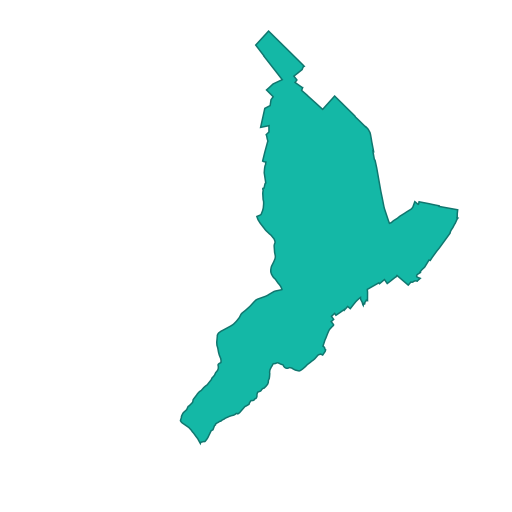 Reci, Covasna, Romania (orthographic projection), rotated 41°
{"feature_id": "2599482B11784451880113", "entity_name": "Reci", "entity_type": "district", "adm_level": 2, "iso_a3": "ROU", "parent_name": "Romania", "parent_adm1": "Covasna", "projection": "orthographic", "projection_center": [25.948, 45.804], "detail": "fine", "context": "isolated", "style": "filled", "palette": "teal", "viewbox_px": 512, "rotation_deg": 41, "n_neighbors": 0, "source": "geoboundaries", "source_scale": "gbopen_adm2", "svg_char_len": 6082}
<svg xmlns="http://www.w3.org/2000/svg" viewBox="0 0 512 512"><g transform="rotate(41 256 256)"><path d="M339.1,429.7L339.2,429.2L339.1,426.6L338.8,424.6L337.9,421.4L337.6,420.2L336.8,417.3L337.5,415.4L336.0,411.3L336.2,410.0L335.7,409.2L336.1,407.7L336.4,406.9L336.8,405.9L337.0,404.7L337.8,403.8L338.0,402.4L338.4,401.1L338.9,400.2L339.1,399.0L339.8,397.3L340.6,395.7L341.2,394.3L341.6,393.7L342.1,392.8L343.6,390.7L344.2,389.1L344.2,388.2L344.8,387.3L345.4,387.4L345.9,386.9L346.1,386.4L346.4,385.0L346.4,383.9L346.4,380.5L346.4,379.2L346.4,377.1L346.6,376.4L347.1,375.4L347.4,374.3L347.8,373.2L348.0,372.6L347.9,372.3L347.8,371.8L347.4,371.2L347.3,370.9L347.3,369.9L347.2,369.3L347.1,368.8L347.2,368.3L347.4,368.1L348.2,367.4L348.6,366.9L348.9,366.4L349.0,365.8L348.8,365.0L348.9,364.6L349.3,363.8L349.4,363.0L349.2,362.4L349.0,361.7L348.8,361.4L347.6,359.9L347.2,359.2L346.8,358.2L346.7,357.7L346.8,357.2L347.6,355.8L348.0,355.0L348.1,354.6L348.1,354.2L347.9,352.9L348.1,351.4L348.8,350.4L349.0,347.8L348.9,345.2L348.3,343.5L347.8,342.8L347.0,341.8L346.4,339.8L345.3,338.1L343.6,335.8L342.5,334.8L341.2,332.8L340.8,331.3L340.4,329.9L340.2,328.4L339.7,326.2L339.9,325.7L340.9,324.8L341.3,324.1L342.0,322.7L342.9,322.1L345.8,321.3L347.6,320.5L348.0,320.5L349.2,321.0L350.2,321.2L350.9,321.2L351.6,321.1L352.3,320.9L353.3,320.2L353.8,319.6L354.2,318.6L354.4,318.3L355.7,317.5L356.5,317.1L358.1,316.9L360.5,316.3L363.4,314.8L364.1,314.3L364.3,313.9L364.7,313.1L365.3,310.7L365.8,307.4L365.9,306.3L365.9,305.0L366.1,303.7L366.8,300.5L367.0,299.1L367.2,298.2L367.4,297.5L367.5,296.9L367.8,295.0L367.8,290.5L368.0,289.4L368.7,288.4L369.2,287.5L369.4,287.5L369.8,287.5L370.7,287.1L371.3,287.0L370.8,282.7L370.1,281.1L369.0,281.0L368.6,280.8L368.1,280.3L367.2,280.0L365.7,280.1L363.1,274.0L362.6,272.2L360.9,267.5L359.9,264.3L359.7,263.0L359.8,259.2L360.0,257.6L359.9,257.4L359.7,257.0L359.1,256.8L355.8,256.2L356.2,252.9L352.5,252.0L353.0,247.7L355.2,248.3L356.5,243.5L357.4,239.8L357.7,238.4L358.2,238.8L358.3,233.9L361.7,233.9L361.4,228.2L361.3,225.0L361.4,223.0L361.7,220.5L362.1,218.8L362.7,219.5L363.8,220.2L366.4,221.2L368.5,222.6L369.3,222.9L368.5,221.6L368.5,221.4L369.4,221.1L369.5,220.8L369.4,220.6L368.9,220.2L368.7,220.3L368.5,220.1L368.6,218.8L368.6,218.2L368.3,217.4L368.2,216.9L369.4,216.5L363.9,210.1L361.9,208.2L365.3,198.5L366.3,195.7L367.4,195.9L368.4,189.5L373.1,190.7L374.0,186.4L375.0,180.9L375.4,179.9L375.2,178.2L390.0,178.1L390.0,174.0L390.3,173.9L391.2,173.2L391.5,172.7L391.7,171.7L391.9,171.2L392.4,170.4L392.8,170.0L394.2,169.2L394.1,168.9L394.6,165.1L392.5,165.9L390.9,166.2L390.6,166.0L390.3,165.6L390.0,165.1L389.9,164.6L389.9,164.3L390.0,163.7L390.9,160.7L390.3,160.7L390.2,157.4L390.6,153.7L389.2,145.5L390.4,145.1L389.9,141.4L389.5,136.8L389.2,133.4L389.1,129.7L387.9,116.0L387.5,111.6L387.4,111.2L387.2,111.1L386.7,109.9L386.3,108.3L385.9,105.3L385.1,102.1L384.9,100.6L383.6,96.3L383.5,95.7L383.5,94.9L382.5,95.3L382.1,94.4L381.8,94.0L380.1,92.0L377.9,88.8L361.6,98.5L361.3,98.2L361.2,98.0L357.4,100.2L352.1,103.1L343.5,108.1L344.5,109.9L344.6,110.3L344.5,110.7L340.2,110.8L342.3,116.2L342.4,117.4L342.4,118.3L342.3,119.0L340.9,123.4L340.0,126.7L338.5,131.5L338.2,133.1L338.0,134.6L336.7,138.9L336.5,139.7L336.2,142.1L335.3,143.8L333.0,142.6L321.7,135.9L320.0,134.7L313.2,129.4L307.8,125.3L289.4,110.4L283.4,105.9L283.0,105.7L282.5,105.5L282.0,105.5L276.9,101.4L275.4,100.1L276.1,99.9L267.7,93.3L267.3,92.9L262.6,89.1L261.3,88.2L260.4,87.8L258.2,87.0L256.8,86.6L254.1,86.4L254.1,86.7L242.6,86.0L239.8,85.9L238.9,85.5L210.4,83.7L210.1,101.6L189.8,101.2L189.6,101.1L181.8,101.1L180.7,98.3L180.4,98.5L175.7,99.0L171.6,99.4L171.4,96.3L166.6,95.4L168.5,85.0L168.0,83.7L167.6,82.3L167.8,81.4L167.9,81.2L166.0,81.0L117.9,78.0L117.4,97.0L130.9,99.8L130.9,100.0L160.1,105.7L156.0,115.0L155.4,120.8L155.0,123.8L164.4,124.5L164.5,124.6L164.8,128.2L168.0,133.2L165.8,138.8L170.9,148.2L175.1,155.9L180.3,149.1L180.5,149.5L181.7,150.8L184.4,153.9L184.1,157.8L185.2,158.3L187.6,160.2L189.3,161.3L189.7,161.5L189.8,162.1L194.5,171.8L198.7,180.0L199.7,179.8L201.9,178.6L202.4,179.6L203.2,180.6L203.7,182.1L204.7,183.8L205.9,185.5L207.6,187.8L215.5,194.5L215.4,194.9L215.3,195.2L215.5,195.7L216.7,198.0L217.5,199.4L216.9,200.2L216.9,200.6L217.2,201.0L217.6,201.3L218.4,201.8L218.9,202.7L220.1,204.4L221.4,205.7L224.1,208.5L226.1,210.0L227.6,211.7L230.0,215.0L231.2,217.4L232.2,220.2L232.6,221.4L232.3,222.4L230.7,225.6L232.1,226.4L233.8,227.3L237.7,228.5L246.2,230.2L247.5,230.3L250.3,230.4L251.5,230.5L253.2,230.4L254.8,230.6L256.8,231.0L258.0,231.1L259.9,232.0L261.1,232.8L261.6,233.4L262.1,234.8L262.7,236.0L263.3,236.7L267.6,241.0L268.4,241.6L270.7,243.4L271.8,244.9L272.2,245.7L273.2,248.7L274.4,253.4L274.8,254.4L276.1,256.6L276.9,257.5L277.6,258.3L279.5,259.5L281.4,260.2L282.7,260.6L284.1,260.8L285.7,260.8L290.5,262.0L292.2,262.2L293.7,262.5L295.4,263.1L296.9,263.8L297.6,264.3L296.9,265.4L293.7,269.6L292.9,270.9L290.9,276.8L290.6,277.9L290.2,278.9L289.5,280.4L285.5,287.5L284.8,289.3L284.6,292.1L284.5,297.5L284.3,299.4L283.7,304.0L282.9,308.4L282.9,309.7L283.8,313.3L284.0,317.2L284.0,318.5L283.8,321.6L283.6,322.9L282.8,325.6L279.7,333.8L278.9,335.8L278.3,338.6L278.4,339.8L278.8,341.2L279.4,341.9L283.0,346.9L285.1,349.0L287.5,350.5L290.7,353.1L293.2,354.8L297.1,356.8L297.4,357.2L298.2,357.8L298.8,358.6L299.2,359.1L299.4,359.4L299.4,359.7L299.2,360.1L298.8,361.0L298.6,362.0L298.6,362.7L299.0,363.3L299.9,364.0L300.6,364.7L301.1,365.4L301.5,366.0L301.9,367.1L302.1,368.6L302.1,370.5L302.9,373.2L302.9,375.7L302.8,376.7L303.4,378.8L303.6,383.6L303.7,385.2L303.2,387.3L302.9,389.6L302.9,393.4L302.3,395.4L302.2,398.3L302.4,399.7L302.6,403.1L302.8,405.6L304.0,407.6L304.1,408.0L304.1,409.2L303.9,412.5L303.5,414.1L304.5,417.5L304.1,420.6L304.0,421.5L304.0,422.5L304.6,424.9L305.0,426.0L305.6,426.7L306.9,429.7L307.1,429.9L308.5,430.3L309.7,430.4L317.9,429.5L321.4,429.9L323.3,430.4L325.1,430.6L329.3,431.6L331.9,432.1L333.4,432.7L337.0,434.0L336.5,432.9L337.4,431.6L338.3,430.3L339.1,429.7Z" fill="#14b8a6" stroke="#0f766e" stroke-width="1.5"/></g></svg>